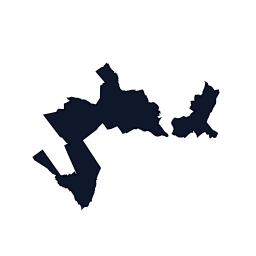 outline of Sanctórum de Lázaro Cárdenas, Tlaxcala, Mexico, rotated 224°
{"feature_id": "50627088B96340121149658", "entity_name": "Sanctórum de Lázaro Cárdenas", "entity_type": "district", "adm_level": 2, "iso_a3": "MEX", "parent_name": "Mexico", "parent_adm1": "Tlaxcala", "projection": "albers", "projection_center": [-98.463, 19.523], "detail": "fine", "context": "isolated", "style": "filled", "palette": "ink", "viewbox_px": 256, "rotation_deg": 224, "n_neighbors": 0, "source": "geoboundaries", "source_scale": "gbopen_adm2", "svg_char_len": 5866}
<svg xmlns="http://www.w3.org/2000/svg" viewBox="0 0 256 256"><g transform="rotate(224 128 128)"><path d="M103.9,49.9L105.5,51.6L105.6,52.4L106.4,54.3L106.9,55.3L107.1,56.0L107.5,56.5L107.9,58.0L108.6,58.5L109.1,59.9L110.7,61.6L111.1,63.4L111.5,63.7L111.8,64.5L112.6,65.4L113.3,66.1L113.8,66.3L114.4,67.1L115.1,67.7L115.3,68.0L115.2,68.7L115.6,68.5L117.7,73.1L120.2,79.9L152.7,87.2L150.0,105.4L150.5,107.6L150.4,113.5L149.8,114.7L142.0,113.3L139.9,116.4L138.2,120.8L137.4,122.5L132.5,121.9L128.1,120.9L126.7,124.2L125.9,123.9L123.9,130.8L123.3,132.5L122.4,132.6L122.3,133.2L121.6,133.5L121.7,133.9L121.2,134.5L121.2,134.9L120.8,135.6L119.4,135.6L117.8,136.3L117.8,136.7L117.0,137.0L116.4,137.0L116.2,136.6L115.5,136.9L115.0,136.9L114.4,137.7L114.0,137.6L113.8,137.8L113.7,138.0L114.0,138.8L113.0,139.2L112.8,139.7L112.6,139.7L111.7,140.9L111.3,140.7L110.9,140.8L111.0,141.2L110.1,140.9L109.9,141.2L108.5,141.3L108.1,141.6L106.9,141.3L106.2,141.6L105.5,141.5L103.5,141.8L102.6,142.1L101.4,142.8L100.9,143.4L100.6,144.1L100.0,144.6L99.8,145.0L99.7,146.1L99.4,146.7L98.3,147.3L97.4,147.6L96.3,148.7L96.1,148.7L95.7,148.5L94.9,148.6L94.2,149.1L94.0,150.0L94.6,150.1L95.2,150.6L95.6,150.6L96.2,150.2L97.3,150.6L97.7,150.2L98.1,150.1L104.5,151.2L109.5,151.8L110.9,154.2L111.5,157.0L111.9,155.9L116.0,155.6L114.9,158.8L115.4,158.8L117.4,159.9L115.8,161.1L116.8,161.7L117.8,161.3L118.8,160.2L119.1,160.4L119.7,162.6L120.1,163.3L120.9,164.0L122.0,164.3L123.6,164.3L126.8,164.0L127.7,163.2L128.2,162.1L129.7,160.9L130.0,160.9L130.6,160.4L130.8,159.7L131.1,160.0L131.7,160.0L132.2,160.8L132.7,161.3L133.3,161.6L133.6,161.5L134.5,162.4L135.0,162.5L136.1,162.5L137.2,163.4L138.0,163.0L139.2,163.1L140.8,163.7L141.2,164.1L142.6,164.9L144.1,165.0L144.7,163.3L145.2,163.3L145.5,162.4L148.3,158.4L149.2,159.6L149.4,159.2L150.1,158.9L151.4,157.5L153.0,154.9L153.9,154.0L154.8,152.5L156.3,151.9L157.1,150.9L157.8,150.4L160.1,150.2L161.4,150.3L162.1,150.8L163.4,151.2L164.1,151.8L165.2,152.8L167.5,153.5L168.4,155.1L169.6,155.9L170.0,156.8L171.1,157.0L171.2,157.5L171.4,157.7L172.0,157.9L173.1,157.8L173.5,158.6L174.1,158.1L174.9,158.3L174.8,157.9L175.3,157.3L175.9,157.1L176.2,157.5L177.0,157.4L177.4,157.7L177.5,158.2L178.3,158.0L179.3,158.2L180.2,157.9L181.3,158.3L182.6,158.3L185.3,159.4L185.7,159.2L186.4,159.9L187.0,159.3L187.9,159.4L188.1,158.9L187.8,157.3L188.0,156.4L187.5,156.1L187.7,154.4L188.6,153.0L189.9,146.7L188.8,146.5L175.4,145.3L175.3,144.6L175.6,144.2L175.5,143.9L175.9,143.5L176.4,142.6L176.0,142.2L176.0,140.7L176.6,139.3L168.4,130.5L166.9,123.3L166.8,122.3L172.3,118.8L172.9,119.2L173.5,119.2L174.0,118.9L174.6,119.0L174.9,118.7L176.9,118.4L178.1,118.0L179.3,117.2L180.2,116.0L181.0,115.6L182.4,115.5L182.9,115.0L184.1,114.6L185.4,113.7L185.5,113.1L186.4,112.5L186.8,112.5L187.5,112.2L188.7,111.3L189.5,111.0L190.0,110.4L190.1,109.8L190.4,109.7L190.5,108.8L191.0,108.6L191.1,108.1L191.8,107.6L191.4,107.5L189.0,108.4L188.9,107.7L187.7,106.7L189.1,104.2L189.1,102.9L190.2,101.2L186.9,97.8L186.4,96.9L190.8,93.0L190.8,92.2L190.0,89.7L197.2,79.1L171.2,75.1L170.8,75.7L170.0,75.3L169.7,76.2L162.3,75.3L161.3,75.6L157.4,76.0L158.7,75.2L160.1,73.9L160.9,71.5L152.5,67.9L132.6,59.8L132.9,57.7L135.6,58.7L135.9,53.8L137.6,54.1L138.0,50.8L139.7,51.1L139.9,49.5L141.1,49.7L141.4,47.6L142.2,47.8L143.0,46.5L173.9,52.3L175.8,41.3L173.1,40.5L157.8,43.6L154.5,43.2L153.4,43.4L150.9,43.4L150.2,43.5L149.3,44.0L148.3,44.2L147.9,45.1L146.3,44.8L146.2,43.6L145.9,42.5L145.6,42.2L144.6,42.0L144.0,41.2L143.6,41.2L143.1,41.6L141.2,41.4L140.8,41.0L140.3,40.2L139.7,40.0L138.2,40.1L136.8,39.8L136.4,39.9L135.6,40.9L134.0,40.8L132.7,42.0L132.3,41.8L131.8,42.0L131.3,41.8L130.5,43.4L130.2,43.5L129.5,43.2L128.5,43.7L128.1,43.5L127.6,42.9L126.8,43.2L126.3,42.9L126.1,43.7L125.9,44.0L125.7,44.0L125.3,44.0L124.8,43.5L123.5,43.3L123.1,43.0L122.5,43.2L121.9,43.0L121.7,42.7L120.0,42.7L119.6,42.3L119.1,42.2L118.2,41.6L116.7,40.5L115.4,40.1L115.1,40.0L114.4,40.5L113.9,40.5L112.0,40.0L110.8,39.3L110.1,39.9L109.6,40.1L108.4,40.1L107.5,40.5L107.5,39.9L107.2,40.1L105.2,38.2L105.2,40.5L104.7,41.6L103.3,43.2L103.0,43.9L104.5,47.3L104.5,49.0L103.9,49.9ZM89.3,217.8L89.6,217.3L90.2,216.7L91.2,215.2L91.0,214.8L91.4,213.5L91.6,213.4L91.9,213.4L92.8,214.5L93.3,214.8L95.2,215.1L96.3,215.2L97.5,215.0L100.0,213.8L102.0,215.0L103.7,214.7L103.1,214.4L102.7,214.0L100.7,210.7L98.9,206.1L97.9,205.0L97.5,204.3L97.6,202.6L98.2,200.7L99.3,200.8L99.9,200.5L101.7,198.7L101.9,198.3L101.7,197.6L100.2,195.5L97.9,194.3L100.8,191.0L99.1,189.7L98.2,189.3L97.4,187.8L97.5,186.5L96.9,186.0L96.8,185.5L91.2,186.4L91.9,183.5L92.0,181.8L91.4,178.9L92.6,177.1L92.6,176.0L93.3,175.6L93.4,175.3L94.7,175.2L95.8,174.7L95.8,174.3L96.3,173.4L96.7,171.7L97.7,169.8L99.4,168.3L100.7,167.8L101.2,167.0L101.0,165.9L101.1,165.5L100.2,162.3L99.6,162.1L98.8,161.4L97.5,161.3L96.6,160.8L95.6,160.7L95.1,160.1L94.0,159.6L93.8,159.3L93.5,159.0L93.4,158.0L92.8,157.2L92.3,155.9L92.3,155.1L91.7,154.9L91.2,154.9L90.7,155.3L90.2,155.3L89.7,155.6L89.6,156.1L89.0,156.5L88.7,156.4L88.2,156.7L87.3,156.5L86.4,156.9L86.1,157.2L85.2,157.1L84.5,158.3L83.8,158.5L82.6,159.7L82.4,161.0L80.8,160.9L80.7,162.0L80.9,162.2L80.6,163.7L80.8,164.8L80.4,166.4L80.6,166.8L80.4,167.3L80.4,168.6L79.8,168.9L79.5,169.7L79.0,169.9L80.7,171.6L80.2,172.1L79.6,172.0L78.9,172.4L77.2,171.8L75.9,171.9L73.1,171.0L72.1,170.3L72.0,172.1L71.5,175.9L70.7,178.7L69.8,179.5L66.8,178.8L64.6,181.2L63.8,179.2L62.5,179.0L62.7,178.4L62.2,178.3L61.7,181.4L59.8,181.1L58.8,182.4L60.1,186.2L61.7,185.9L65.7,184.8L76.2,186.2L76.6,187.7L77.2,188.5L77.3,189.0L77.7,189.6L78.0,191.4L78.5,192.0L78.7,193.3L79.5,194.3L79.9,195.4L79.9,197.3L79.7,197.8L80.1,198.8L80.3,199.0L81.4,202.1L81.5,203.5L82.0,204.3L82.2,205.1L82.1,206.0L83.9,208.3L85.1,209.3L85.4,209.8L86.1,211.5L86.3,212.9L87.5,216.7L88.6,217.2L89.3,217.8Z" fill="#0f172a" stroke="#020617" stroke-width="1.5"/></g></svg>